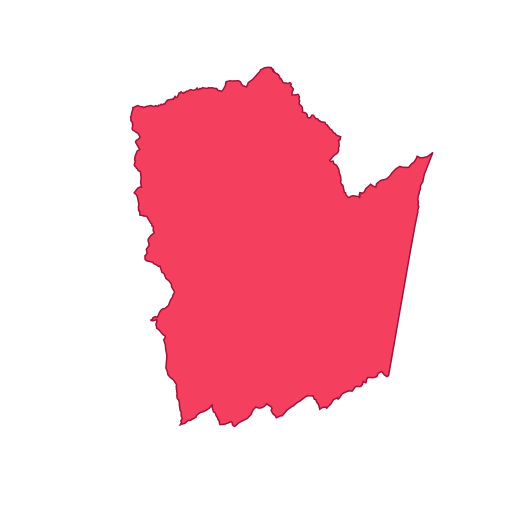 the district of Brodina, Suceava, Romania, rotated 108°
{"feature_id": "2599482B47779623480823", "entity_name": "Brodina", "entity_type": "district", "adm_level": 2, "iso_a3": "ROU", "parent_name": "Romania", "parent_adm1": "Suceava", "projection": "equal_earth", "projection_center": [25.392, 47.847], "detail": "fine", "context": "isolated", "style": "filled", "palette": "rose", "viewbox_px": 512, "rotation_deg": 108, "n_neighbors": 0, "source": "geoboundaries", "source_scale": "gbopen_adm2", "svg_char_len": 6107}
<svg xmlns="http://www.w3.org/2000/svg" viewBox="0 0 512 512"><g transform="rotate(108 256 256)"><path d="M390.3,307.1L392.9,304.8L396.0,303.2L397.7,300.5L399.4,296.2L402.6,292.1L403.4,291.6L405.0,291.6L405.9,290.9L406.9,290.8L408.1,289.9L409.8,289.4L410.8,288.6L412.8,288.3L415.4,287.2L416.2,286.4L417.1,284.7L418.1,284.4L418.9,283.5L420.6,283.2L426.3,280.4L427.4,279.0L431.5,277.6L433.2,275.9L435.7,276.5L436.3,276.4L437.3,275.4L439.9,275.9L438.9,274.8L437.2,272.0L433.4,269.8L432.8,267.7L430.9,266.3L430.0,265.0L428.9,264.4L428.1,263.4L425.6,263.0L423.7,261.9L421.9,260.4L420.5,258.2L418.0,255.6L415.5,253.6L411.2,251.7L411.9,251.1L412.6,251.6L417.3,248.3L417.7,246.4L420.3,244.5L422.1,242.2L422.9,242.0L424.4,239.9L427.1,238.7L427.5,238.1L425.5,233.5L421.2,228.4L421.7,227.3L423.8,226.2L424.5,224.8L424.5,223.4L420.3,221.0L418.9,219.9L413.2,214.1L408.5,211.8L403.3,211.2L399.8,209.5L399.8,206.2L398.5,203.6L396.8,202.0L394.3,200.4L393.1,200.1L393.7,199.2L394.7,195.2L395.9,193.7L398.1,193.9L399.7,192.4L401.1,190.8L402.0,188.4L402.5,187.6L403.5,186.9L403.5,186.4L400.6,183.5L399.9,181.7L392.6,178.7L388.0,175.3L387.1,174.2L383.2,172.0L380.3,169.3L374.5,165.3L373.0,163.6L371.4,158.5L372.1,158.2L372.6,157.4L373.5,156.9L373.7,156.4L374.2,156.3L374.3,154.3L376.0,153.4L377.9,150.6L382.0,148.0L380.1,146.6L378.4,143.8L378.5,142.6L378.9,141.7L376.4,140.7L373.7,139.1L368.9,138.0L365.8,135.0L366.8,133.7L365.5,132.9L360.3,131.5L356.5,127.3L355.2,125.1L354.9,123.0L354.4,122.5L350.1,121.3L349.3,120.7L348.7,119.1L348.2,117.0L347.7,116.2L346.7,115.5L345.3,115.1L342.2,115.2L342.7,112.8L342.5,112.3L341.5,112.2L339.3,112.8L336.9,112.0L335.5,106.8L333.3,103.8L330.2,103.6L328.5,102.5L327.4,101.1L327.4,99.9L329.2,97.7L330.3,94.3L329.2,93.3L328.5,93.0L206.7,110.3L176.2,114.4L163.9,115.7L162.5,116.4L158.8,116.4L157.6,117.6L155.1,118.1L151.8,119.7L148.5,120.3L146.4,120.1L143.9,120.6L141.6,120.3L139.1,121.1L137.0,121.2L134.0,120.3L126.3,121.2L102.8,119.8L107.7,122.9L109.0,124.4L110.6,127.0L111.9,130.5L111.3,132.8L111.4,133.6L114.1,133.7L118.2,134.9L120.2,136.5L124.3,138.1L124.7,138.6L126.4,144.3L126.3,146.9L127.4,147.8L129.5,149.6L134.4,152.1L138.4,153.4L141.2,154.8L142.6,155.9L145.5,160.7L148.7,162.9L150.2,163.6L153.4,163.3L153.3,166.4L152.3,169.1L158.1,172.4L161.0,172.7L162.1,173.1L163.7,174.5L163.4,175.2L163.6,176.8L165.9,176.7L165.8,175.9L168.3,175.6L167.8,176.8L168.6,181.9L169.1,183.1L170.3,184.6L171.4,185.2L171.8,186.2L170.3,189.2L168.2,190.3L168.2,191.6L162.1,195.1L161.6,195.8L161.8,196.2L160.1,198.2L157.6,198.6L154.0,200.2L151.4,202.4L148.0,204.0L144.8,207.6L144.1,210.7L142.0,211.8L141.9,212.2L143.0,214.1L142.6,215.4L141.5,215.4L140.2,214.4L138.9,214.2L135.5,212.4L134.5,211.4L132.3,210.2L130.0,210.0L128.3,210.8L125.3,211.0L121.9,212.4L120.7,213.3L120.1,212.9L120.0,212.3L119.3,212.0L116.5,212.3L116.2,217.0L114.9,218.7L114.8,220.3L112.7,222.9L112.4,224.7L110.5,227.2L110.6,227.7L109.4,228.6L109.3,230.3L107.7,231.6L107.7,233.2L108.3,235.2L108.2,236.3L107.6,237.2L107.9,238.1L106.6,239.4L106.8,241.9L104.6,244.7L104.4,245.5L104.8,246.4L107.4,247.0L108.1,247.7L108.4,249.3L107.4,250.3L106.1,250.7L105.6,251.6L104.9,251.9L104.5,254.2L104.8,255.6L104.6,256.4L103.1,256.6L100.2,258.1L99.2,259.5L98.3,261.8L97.5,262.2L94.7,262.5L93.0,264.0L91.5,263.7L89.5,265.6L89.3,266.2L90.9,268.8L91.6,271.7L88.3,272.5L87.1,271.9L85.3,272.3L83.4,275.8L81.9,275.5L80.8,276.5L80.7,277.6L81.8,278.4L82.2,279.7L82.1,280.9L82.8,282.5L82.6,283.7L82.3,284.4L80.3,286.2L79.7,287.0L79.9,287.9L78.8,288.5L76.6,290.7L76.6,291.9L76.1,292.2L76.2,293.3L75.5,294.7L75.7,295.6L74.8,295.8L75.0,296.8L74.1,296.7L73.5,297.0L74.0,297.6L72.9,298.1L73.1,299.5L72.1,299.7L72.3,301.2L73.2,303.8L73.9,304.8L74.1,305.7L77.4,309.0L79.8,309.6L89.1,313.7L93.4,316.9L98.0,317.2L98.3,318.0L98.0,319.9L98.1,321.1L96.8,323.3L95.4,324.3L94.7,326.7L97.0,332.9L97.4,334.9L99.4,338.3L103.9,337.8L108.6,338.9L110.2,339.8L110.0,341.8L110.2,343.9L109.2,344.5L108.9,345.3L109.3,346.8L109.6,349.9L110.6,352.1L110.4,353.0L111.6,354.0L112.3,357.2L112.3,358.7L114.2,360.1L113.9,361.1L115.6,362.2L115.5,362.9L114.5,364.0L116.2,364.7L117.4,366.0L118.0,367.4L117.8,369.3L118.8,370.6L120.4,371.7L120.7,373.1L122.1,373.7L122.4,374.0L122.5,374.9L123.8,375.2L123.8,376.0L123.0,377.8L123.2,378.2L124.5,378.7L124.7,379.5L129.0,379.9L130.0,380.9L129.2,382.3L132.3,382.9L132.0,383.4L133.1,384.3L133.4,385.6L134.1,386.4L134.7,387.9L135.7,388.7L136.0,388.5L137.2,389.2L139.7,389.8L140.0,391.0L141.2,392.0L141.0,393.1L141.9,393.4L142.7,394.6L142.7,395.2L144.3,395.8L144.0,397.9L145.4,399.2L145.5,400.3L145.3,401.8L145.6,403.1L146.8,404.7L147.2,405.9L149.6,408.8L149.1,410.0L149.6,411.0L149.7,412.5L149.4,414.7L150.1,415.8L152.7,418.4L152.9,419.0L154.2,418.5L158.8,418.5L160.2,418.0L162.8,418.2L163.7,417.5L165.6,417.0L166.3,416.5L167.2,414.8L169.0,414.1L169.1,413.7L173.2,413.2L174.2,412.3L175.9,406.0L178.5,403.1L179.5,403.1L181.7,404.3L182.9,405.5L184.3,405.9L185.4,405.3L190.6,399.4L193.0,401.5L198.6,401.8L202.1,401.1L203.1,400.1L206.9,400.0L207.9,399.2L208.4,397.9L209.4,396.9L210.0,395.5L211.2,394.4L211.4,392.1L217.4,389.3L221.8,388.4L225.9,386.2L226.1,387.5L227.9,389.4L233.6,391.4L234.4,389.3L235.4,387.9L237.9,386.2L243.4,383.2L245.6,383.1L249.3,381.5L249.4,380.5L253.1,378.9L252.6,377.5L252.7,375.3L252.1,372.8L252.2,372.1L257.2,366.3L257.3,365.4L259.7,364.1L259.8,362.7L263.8,361.6L264.9,360.2L265.9,360.3L269.0,362.3L272.6,363.6L273.5,363.7L275.1,363.2L277.7,361.4L279.1,361.0L283.5,362.4L287.0,360.4L289.0,361.0L290.1,361.7L293.6,360.4L294.4,358.4L293.9,353.4L294.0,352.1L294.9,351.0L295.0,348.7L296.0,345.5L295.2,344.3L300.6,340.4L301.0,338.1L305.0,334.9L305.6,333.8L306.4,331.3L308.9,327.8L311.4,326.8L314.5,323.2L315.8,322.3L318.6,322.9L320.8,322.7L324.4,323.7L330.1,324.0L334.3,326.5L334.8,328.0L335.4,328.7L336.7,329.6L339.6,330.4L344.6,330.8L344.9,333.2L346.6,334.9L348.3,335.1L349.5,336.2L349.8,335.8L349.2,333.4L347.2,330.8L348.4,330.2L352.3,330.0L354.0,328.7L355.4,328.1L356.1,325.7L359.5,320.2L360.1,317.6L361.4,317.1L364.2,317.9L368.8,314.6L372.6,313.1L378.4,309.9L390.3,307.1Z" fill="#f43f5e" stroke="#9f1239" stroke-width="1.5"/></g></svg>